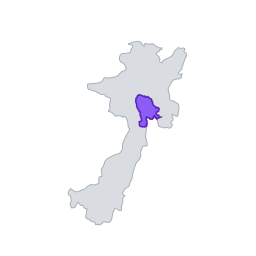 Xiangkhoang highlighted on a map of Laos, rotated 61°
{"feature_id": "LAO-3286", "entity_name": "Xiangkhoang", "entity_type": "Province", "adm_level": 1, "iso_a3": "LAO", "parent_name": "Laos", "parent_adm1": "", "projection": "mercator", "projection_center": [103.697, 19.42], "detail": "fine", "context": "in_parent", "style": "filled", "palette": "violet", "viewbox_px": 256, "rotation_deg": 61, "n_neighbors": 0, "source": "natural_earth", "source_scale": "10m", "svg_char_len": 5832}
<svg xmlns="http://www.w3.org/2000/svg" viewBox="0 0 256 256"><g transform="rotate(61 128 128)"><path d="M93.8,42.4L94.8,44.4L99.9,49.8L100.8,51.3L102.6,52.4L104.2,57.2L104.8,57.5L105.7,57.1L106.3,56.5L106.8,54.6L107.2,54.4L107.8,55.9L109.2,56.4L109.8,57.1L110.0,58.2L109.8,59.4L108.6,62.1L107.9,65.8L112.8,73.6L114.9,74.6L119.8,75.9L123.1,77.6L124.7,77.2L126.2,75.3L128.0,74.2L131.3,72.5L132.2,72.5L134.1,73.1L137.1,75.0L141.6,78.7L141.5,79.6L140.6,80.6L138.2,82.0L137.4,83.0L137.9,83.3L139.9,83.5L142.3,84.3L143.1,85.3L143.5,87.5L143.9,87.9L146.1,87.6L146.8,87.9L147.6,88.6L148.4,90.4L148.3,91.7L146.1,94.1L145.9,95.5L144.7,97.2L141.7,100.0L140.9,100.2L135.3,98.6L130.9,98.9L130.5,99.4L131.3,101.2L131.5,102.8L130.8,104.1L128.2,105.8L128.1,106.5L128.7,107.3L132.4,108.8L144.2,116.9L149.6,118.4L152.0,119.4L152.6,120.0L152.6,120.7L152.0,121.6L151.4,123.2L151.4,124.1L152.0,125.0L152.9,126.4L156.3,129.5L158.7,130.2L161.2,133.7L162.0,136.7L163.2,138.7L169.4,145.3L174.5,149.4L177.5,153.7L179.0,154.7L179.5,156.3L179.9,160.9L181.7,163.2L182.0,164.1L182.8,164.8L183.7,164.9L185.5,163.4L185.8,163.7L186.6,166.1L187.4,167.0L190.1,168.4L193.0,171.4L194.5,172.4L196.5,173.2L196.7,174.2L196.4,175.1L195.8,175.7L192.4,177.4L192.0,178.1L194.2,181.8L199.7,186.4L201.5,189.2L201.1,190.5L199.6,193.2L198.4,193.9L198.1,194.8L199.0,196.9L198.9,200.3L197.8,201.1L196.8,203.2L196.1,203.3L194.4,202.6L190.9,206.1L189.3,205.9L187.5,207.9L185.2,208.2L183.6,206.7L180.2,204.3L179.0,202.9L178.0,204.1L176.2,205.3L173.6,204.9L173.0,206.7L172.5,207.0L169.4,207.3L168.8,207.6L169.3,209.2L171.1,211.9L171.7,213.5L170.5,216.1L167.4,216.0L166.0,215.0L164.2,212.8L160.1,211.3L157.4,212.3L156.6,212.3L154.5,210.5L153.8,209.3L153.3,207.5L156.4,206.1L158.0,205.0L159.0,203.8L159.4,202.6L159.9,197.5L160.4,195.7L160.1,193.5L159.3,191.8L159.3,189.2L159.8,187.1L160.9,186.0L161.8,184.5L162.2,181.1L161.9,180.2L160.7,179.4L158.8,178.6L157.5,177.6L157.0,176.4L157.1,175.3L157.7,174.4L156.2,173.4L152.7,172.2L150.7,170.9L150.3,169.3L148.8,167.2L146.2,164.7L144.9,161.0L144.8,156.1L145.1,152.2L146.2,147.7L144.7,144.4L143.0,142.6L140.8,141.4L138.6,139.5L136.5,137.1L134.1,133.6L131.2,128.9L129.3,126.8L128.3,127.3L126.2,126.9L123.0,125.5L120.3,124.8L117.9,124.7L116.4,125.0L115.7,125.7L115.6,126.4L116.2,127.1L115.9,127.6L114.7,128.0L113.7,128.8L112.5,130.5L111.8,132.8L110.6,133.6L108.8,133.8L107.0,134.5L105.3,135.6L104.4,136.4L104.5,137.0L104.2,137.1L103.3,136.8L102.9,136.0L102.9,134.9L102.0,134.1L100.2,133.7L98.1,132.4L94.2,129.2L93.3,129.0L92.0,129.9L90.3,131.7L88.9,132.4L87.7,132.0L86.9,132.7L86.3,134.3L85.2,135.6L79.8,139.1L75.1,143.6L73.8,144.0L70.9,142.7L70.0,141.9L74.0,132.7L74.6,130.4L74.5,127.5L72.8,125.0L72.7,124.3L73.0,123.5L75.0,120.7L77.4,113.3L77.2,111.0L76.2,108.4L75.6,106.0L76.1,102.8L75.9,101.5L74.8,100.8L71.1,100.2L69.0,100.7L68.0,101.6L66.8,102.2L64.5,102.5L62.3,101.4L60.5,99.5L60.0,97.2L62.3,92.2L62.9,90.3L62.8,89.4L62.4,88.4L61.9,88.3L60.7,87.1L59.6,85.1L58.5,84.1L57.5,84.3L56.5,85.1L55.0,87.0L54.5,86.8L55.9,79.9L57.2,76.9L58.7,75.6L60.2,75.0L61.9,75.2L63.3,75.0L64.4,74.2L64.3,73.8L63.0,73.7L62.5,72.9L62.7,71.5L63.3,70.5L64.3,70.1L65.1,68.6L66.0,66.1L67.0,64.8L68.3,64.7L70.4,63.7L73.4,61.5L74.5,59.4L75.6,60.4L75.2,62.8L75.8,63.3L76.1,64.2L75.9,65.5L76.2,66.6L76.6,67.2L77.3,67.5L80.4,66.5L82.4,66.4L85.5,68.2L87.4,66.9L87.4,66.4L85.9,64.7L86.4,58.6L86.1,54.0L83.5,50.6L83.0,49.2L82.7,46.9L82.0,45.0L83.9,43.5L84.9,40.6L86.2,39.9L86.6,40.0L88.2,42.2L90.2,41.1L91.8,41.1L93.1,41.7L93.8,42.4Z" fill="#d9dde1" stroke="#a8b0b8" stroke-width="1"/><path d="M134.2,98.4L133.3,98.6L132.9,98.6L132.7,98.8L132.5,99.1L132.4,99.3L132.0,99.3L131.6,99.2L130.7,98.7L130.3,98.7L130.2,99.1L130.2,99.3L130.6,100.4L130.8,100.7L131.4,101.1L131.7,101.3L131.8,101.6L131.8,101.9L131.9,102.3L132.1,102.6L132.0,102.8L131.8,102.9L131.6,103.0L131.4,103.1L131.3,103.3L131.2,103.8L131.2,104.0L131.0,104.3L130.9,104.2L130.7,104.2L130.2,104.4L129.8,104.6L129.3,104.7L129.1,104.9L128.7,105.5L128.4,105.7L127.7,106.1L127.5,106.3L127.3,106.6L127.5,106.7L127.9,106.7L128.2,106.7L128.4,107.2L128.5,107.4L128.7,107.5L129.2,107.7L129.7,108.2L129.8,108.2L130.2,108.0L130.6,108.0L131.0,108.1L133.1,109.0L133.9,109.6L134.1,109.8L134.2,110.2L134.2,110.6L134.4,110.7L134.9,110.6L135.3,110.7L135.3,111.0L135.1,111.7L135.2,112.4L135.2,113.1L134.8,113.5L134.4,113.9L134.2,114.4L134.0,114.9L133.5,115.3L133.1,115.8L132.6,116.4L132.0,116.6L131.5,116.7L131.0,116.7L130.7,116.5L130.5,116.3L128.7,115.5L128.0,115.3L128.2,114.0L128.0,112.6L127.6,112.2L126.9,112.0L126.2,112.0L125.6,111.8L124.8,111.3L123.6,111.4L122.7,111.1L122.1,111.0L121.6,110.6L121.2,110.1L120.7,109.7L120.1,109.6L119.7,109.7L119.4,109.8L119.3,110.3L118.8,110.3L118.4,110.0L118.0,109.9L117.6,109.8L117.0,110.1L116.3,110.1L116.1,110.2L115.9,110.3L114.0,109.9L113.2,109.9L112.6,109.7L112.0,109.2L111.6,109.0L109.9,108.6L109.5,108.6L109.2,108.7L108.9,108.6L108.5,108.3L107.9,108.0L107.3,107.4L107.1,107.3L106.7,107.1L106.1,106.8L105.8,106.3L105.4,105.1L104.9,104.6L104.4,104.1L104.2,103.0L104.4,101.9L105.2,101.3L105.6,100.8L105.9,100.4L107.1,99.6L108.0,98.8L108.3,98.4L108.2,97.9L109.0,98.0L109.7,97.8L109.8,96.9L109.8,95.9L110.4,95.5L111.0,95.2L111.4,94.9L111.9,94.7L112.8,94.7L113.2,94.3L113.5,93.9L114.3,93.6L115.2,93.6L115.6,94.0L116.1,94.3L117.1,93.9L117.5,94.1L117.9,94.5L118.9,94.5L119.9,94.9L120.4,94.7L120.9,94.4L121.4,94.2L121.9,94.1L122.6,93.9L123.1,93.4L123.6,93.7L124.2,93.6L124.2,93.0L124.3,92.3L125.2,91.6L125.7,91.5L126.3,91.5L127.3,92.2L128.1,93.2L128.0,93.7L128.2,94.1L128.0,94.8L127.8,95.3L128.3,95.6L128.5,95.7L128.9,96.4L129.1,96.5L129.3,96.6L131.0,96.2L131.3,95.9L131.4,95.5L131.6,95.2L131.9,94.9L132.5,95.4L133.2,95.4L133.7,95.3L134.0,95.0L134.1,94.5L134.3,94.2L134.3,95.1L133.9,96.5L133.9,97.0L134.1,97.7L134.2,98.4L134.2,98.4Z" fill="#8b5cf6" stroke="#5b21b6" stroke-width="1.5"/></g></svg>